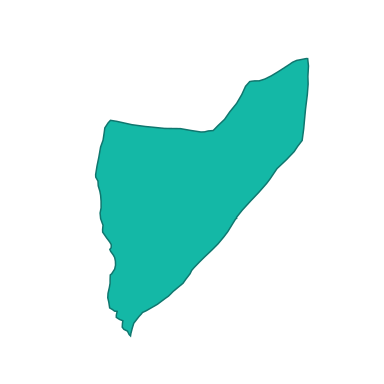 the district of Bolloh, Grand Kru, Liberia, rotated 11°
{"feature_id": "62588387B86571798658395", "entity_name": "Bolloh", "entity_type": "district", "adm_level": 2, "iso_a3": "LBR", "parent_name": "Liberia", "parent_adm1": "Grand Kru", "projection": "robinson", "projection_center": [-8.406, 4.96], "detail": "fine", "context": "isolated", "style": "filled", "palette": "teal", "viewbox_px": 384, "rotation_deg": 11, "n_neighbors": 0, "source": "geoboundaries", "source_scale": "gbopen_adm2", "svg_char_len": 1755}
<svg xmlns="http://www.w3.org/2000/svg" viewBox="0 0 384 384"><g transform="rotate(11 192 192)"><path d="M229.4,71.9L227.6,72.6L224.4,78.0L222.3,86.8L218.9,96.5L213.8,106.1L210.1,114.5L204.9,121.8L201.1,127.6L196.2,129.0L192.8,130.6L189.3,131.4L179.2,131.8L168.5,132.0L153.1,134.8L141.0,135.9L133.8,136.6L120.2,137.4L104.8,137.0L98.3,137.2L96.5,140.1L94.2,145.7L94.5,150.8L94.8,158.2L93.7,165.2L93.9,175.4L93.8,184.7L94.1,193.4L94.7,195.8L97.6,199.2L98.8,203.9L101.4,208.8L102.9,212.6L104.5,218.4L105.8,225.0L105.8,230.2L107.4,235.6L109.0,238.3L111.0,241.6L111.4,246.0L112.0,248.5L117.0,253.4L120.8,256.8L122.8,259.1L123.3,262.1L122.3,264.0L123.5,265.8L126.7,268.8L128.6,271.1L130.0,274.5L130.9,278.4L130.8,282.5L128.7,287.7L127.6,289.0L128.3,293.5L129.0,297.2L129.1,301.4L128.9,307.5L129.5,311.9L131.3,315.9L133.3,321.5L136.2,322.5L138.7,323.7L141.3,323.5L141.2,327.3L141.6,329.5L145.1,330.9L148.7,331.6L148.8,334.2L149.3,338.0L151.3,339.8L155.2,340.9L157.5,343.9L159.1,345.0L159.0,342.7L159.4,336.5L159.9,331.9L163.7,324.4L165.6,321.3L166.4,319.7L169.7,317.3L172.6,314.8L179.6,308.7L185.9,301.7L188.8,298.7L191.0,295.4L192.4,293.3L196.8,287.9L200.6,283.3L202.5,279.0L205.7,272.6L206.6,269.1L208.4,265.9L212.4,259.7L216.4,253.8L222.7,245.0L227.4,238.0L231.7,230.2L234.3,224.9L234.8,223.8L237.5,216.6L239.9,210.3L240.9,209.2L240.5,208.4L244.8,200.2L251.2,189.7L257.7,179.5L263.7,169.2L266.1,164.3L271.0,152.8L278.8,141.9L280.3,139.5L284.6,132.8L287.0,127.0L290.3,120.4L289.6,108.8L288.8,100.9L287.6,88.6L286.6,74.2L285.4,63.9L283.7,56.4L282.3,46.1L280.8,41.3L280.1,39.0L278.7,39.2L271.8,42.0L269.7,42.8L266.0,45.4L261.5,49.9L253.8,57.3L247.6,62.9L241.8,67.3L236.7,70.1L232.2,71.0L229.4,71.9Z" fill="#14b8a6" stroke="#0f766e" stroke-width="1.5"/></g></svg>